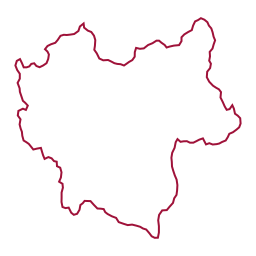 outline of Viçosa, Minas Gerais, Brazil
{"feature_id": "56859067B7255025326359", "entity_name": "Viçosa", "entity_type": "district", "adm_level": 2, "iso_a3": "BRA", "parent_name": "Brazil", "parent_adm1": "Minas Gerais", "projection": "equal_earth", "projection_center": [-42.883, -20.747], "detail": "fine", "context": "isolated", "style": "outline", "palette": "rose", "viewbox_px": 256, "rotation_deg": 0, "n_neighbors": 0, "source": "geoboundaries", "source_scale": "gbopen_adm2", "svg_char_len": 2607}
<svg xmlns="http://www.w3.org/2000/svg" viewBox="0 0 256 256"><path d="M239.2,127.3L240.6,123.5L240.2,118.2L237.8,115.7L235.0,113.7L233.9,108.7L232.3,105.2L229.6,109.1L226.7,109.8L224.7,106.4L222.8,102.1L220.5,97.5L221.0,92.1L218.9,89.3L216.2,87.8L213.0,85.7L209.2,81.7L206.8,77.2L207.2,71.7L210.1,68.1L210.9,63.7L209.2,60.7L210.0,56.4L209.7,51.9L212.5,48.6L213.6,44.6L215.1,40.3L213.6,36.7L212.6,32.3L211.3,28.4L208.9,25.6L207.4,22.2L204.4,19.7L200.9,18.2L198.0,20.1L195.1,21.4L193.1,25.6L191.8,30.1L188.2,32.0L184.3,34.4L181.5,37.3L181.5,41.1L179.1,45.1L173.9,45.6L169.5,46.6L166.6,47.5L164.7,45.0L161.3,42.6L159.1,40.7L156.4,40.7L152.5,43.2L148.1,45.0L143.8,48.4L139.9,48.8L136.1,47.9L134.8,52.1L134.7,56.7L132.3,60.1L129.1,61.9L126.6,63.7L124.0,65.5L120.6,64.2L117.2,63.9L114.4,63.2L111.6,61.7L108.1,60.0L103.2,60.3L99.3,58.5L96.8,53.4L94.3,49.8L94.9,46.0L95.3,40.1L94.0,35.7L91.3,32.0L87.8,30.6L84.1,27.6L83.6,23.5L79.9,26.5L78.4,31.0L74.2,34.0L70.3,34.6L66.8,35.0L63.8,34.8L60.5,35.8L57.6,40.1L55.3,42.8L50.9,44.3L47.5,46.0L45.0,49.2L47.5,51.6L48.9,54.5L48.2,59.0L46.5,63.2L43.1,65.5L39.6,67.2L36.4,66.0L34.2,63.3L31.3,63.9L29.3,66.4L26.7,67.3L23.7,67.3L21.9,63.0L20.0,59.1L16.8,60.9L15.4,65.5L17.2,70.0L19.8,73.8L19.8,78.7L17.6,82.9L19.6,88.3L19.9,91.9L21.4,96.3L22.9,100.8L25.1,102.7L27.8,105.6L25.9,109.9L22.9,108.7L18.4,110.9L17.8,115.5L20.5,119.3L19.6,124.4L20.6,128.4L21.9,131.8L22.3,135.8L23.6,140.5L26.4,142.2L28.8,143.9L31.4,147.1L33.3,149.5L37.0,148.6L40.9,147.9L42.0,151.7L43.1,155.3L44.6,158.9L48.3,157.1L51.6,158.3L54.0,161.1L56.7,161.7L57.0,166.2L60.2,167.7L61.5,172.3L60.9,177.5L59.1,181.7L62.5,183.8L62.9,187.7L61.6,192.5L61.6,197.9L61.5,202.0L62.5,207.0L65.5,208.1L68.7,207.6L71.2,212.7L73.8,214.8L77.1,213.8L79.5,209.8L80.4,205.0L82.7,203.3L84.6,200.9L87.3,201.0L90.5,201.1L93.9,204.9L97.4,208.5L100.9,208.7L103.7,209.1L105.2,212.1L107.6,214.0L111.9,216.3L116.1,217.9L118.7,222.1L123.6,223.8L127.7,225.1L132.1,224.6L136.5,225.7L140.2,226.8L143.0,228.5L146.2,229.5L149.2,233.0L151.7,236.3L154.7,237.8L157.9,237.7L158.9,232.5L158.9,226.1L158.2,220.3L159.1,214.9L162.2,210.4L166.8,210.1L169.5,206.8L173.0,202.9L174.2,198.3L176.5,194.9L177.1,190.4L177.4,185.1L176.6,179.6L174.8,175.4L173.2,170.6L172.0,166.5L171.8,161.8L171.4,157.8L172.2,152.8L174.6,147.8L175.7,142.2L177.5,139.1L180.5,141.8L183.6,141.3L186.9,141.2L190.0,142.7L193.3,142.7L196.1,141.3L199.4,139.6L202.9,138.4L204.4,141.3L206.0,144.4L209.3,143.2L212.7,144.5L216.8,144.1L219.3,143.5L222.0,142.0L225.7,140.5L227.8,137.1L229.3,133.8L233.0,132.2L236.5,129.6L239.2,127.3Z" fill="none" stroke="#9f1239" stroke-width="2"/></svg>